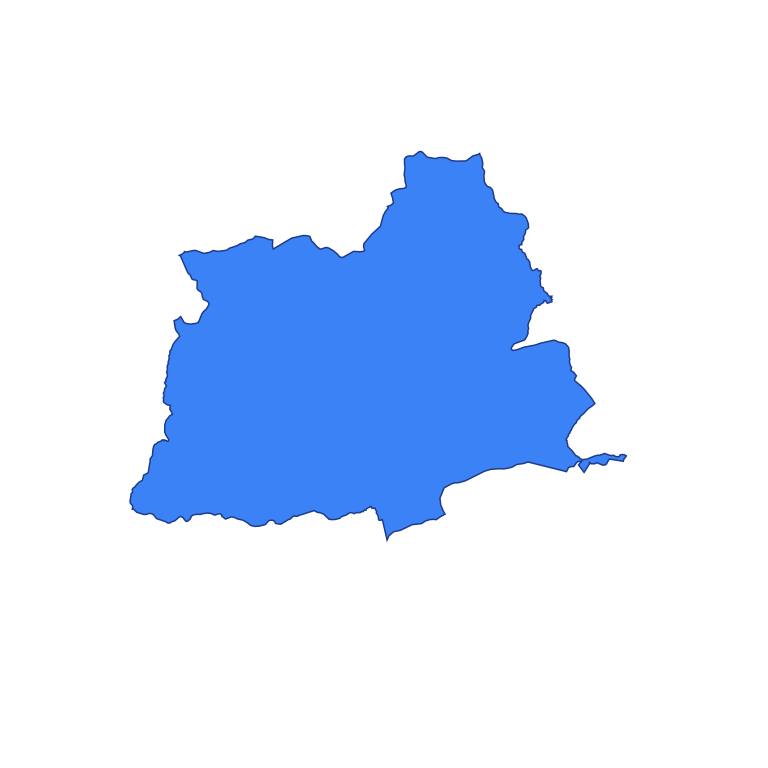 outline of Ráquira, Boyacá, Colombia, rotated 214°
{"feature_id": "7082276B68805939866723", "entity_name": "Ráquira", "entity_type": "district", "adm_level": 2, "iso_a3": "COL", "parent_name": "Colombia", "parent_adm1": "Boyacá", "projection": "robinson", "projection_center": [-73.626, 5.497], "detail": "fine", "context": "isolated", "style": "filled", "palette": "blue", "viewbox_px": 768, "rotation_deg": 214, "n_neighbors": 0, "source": "geoboundaries", "source_scale": "gbopen_adm2", "svg_char_len": 6171}
<svg xmlns="http://www.w3.org/2000/svg" viewBox="0 0 768 768"><g transform="rotate(214 384 384)"><path d="M522.6,139.4L521.7,140.2L517.2,139.4L510.3,141.5L508.9,142.3L505.8,145.8L504.0,146.6L501.9,146.7L497.3,145.2L488.4,147.7L485.3,147.9L483.7,149.1L483.0,151.0L480.9,153.6L479.3,159.6L478.7,160.3L476.3,160.9L471.7,159.4L470.9,159.6L470.1,160.5L469.3,163.1L469.1,164.3L469.9,166.4L468.7,169.1L465.6,171.9L463.5,173.0L460.6,176.3L458.1,178.3L455.2,179.9L450.9,180.7L448.7,183.7L447.0,184.8L445.6,184.9L444.6,183.7L439.9,183.4L436.2,188.6L433.9,189.6L430.1,190.2L424.9,192.2L419.7,192.6L415.5,192.2L411.6,193.6L407.7,196.7L404.1,200.7L403.6,201.7L403.3,205.5L402.4,207.2L400.3,208.7L398.7,209.0L397.3,208.7L396.3,207.9L395.2,208.0L391.2,210.0L387.4,218.2L386.2,219.7L385.4,223.8L381.7,226.0L381.4,227.0L371.2,239.9L367.2,240.4L364.9,241.6L361.0,242.4L354.0,241.1L351.7,242.2L348.8,244.3L345.7,247.7L344.9,250.6L342.1,254.2L340.2,258.4L338.3,259.5L336.3,259.7L335.2,261.7L331.8,264.1L331.2,265.7L329.9,266.6L329.8,268.3L328.4,269.3L328.9,270.7L326.3,275.3L324.8,274.3L323.6,274.6L323.0,275.7L321.9,276.0L320.9,275.1L319.1,274.5L318.3,272.8L316.2,272.0L314.0,270.3L313.2,269.0L311.9,268.3L310.4,269.2L310.0,270.6L309.1,270.3L294.2,256.4L295.0,260.7L293.5,266.8L288.7,271.7L282.0,283.1L274.8,289.3L273.0,293.7L270.1,297.3L267.7,299.2L264.8,300.8L263.5,304.5L260.6,310.2L264.0,311.9L269.4,315.5L273.8,320.6L276.0,331.1L275.8,332.1L272.3,338.8L270.2,341.6L267.3,343.6L262.5,349.1L251.9,367.9L247.8,372.9L241.5,377.9L237.1,380.7L235.1,382.6L231.5,386.4L228.9,391.6L224.1,395.9L220.9,399.9L183.7,413.4L184.3,417.9L182.4,420.5L180.5,421.7L180.4,426.5L179.6,428.5L177.0,430.4L177.5,425.7L168.7,422.6L169.0,432.5L169.9,433.9L167.7,433.7L164.8,435.6L163.2,437.9L157.7,438.9L155.5,440.4L154.8,442.1L155.3,446.7L154.6,448.1L142.4,453.7L143.1,455.9L142.8,459.7L143.1,460.0L145.1,459.7L146.9,458.9L148.5,457.4L148.5,455.2L151.0,453.5L154.0,453.2L156.1,451.4L162.3,449.7L165.6,445.2L166.7,444.8L169.5,441.6L173.6,435.3L177.6,432.0L180.4,431.9L181.5,432.4L182.7,431.9L183.6,432.3L184.9,431.8L190.2,433.7L196.5,434.9L198.6,437.2L200.2,438.3L200.6,439.4L201.8,439.5L201.9,440.7L202.4,441.2L202.1,444.2L202.9,445.1L202.6,447.6L203.1,449.0L202.9,450.5L203.4,452.0L203.6,456.9L203.0,459.4L203.6,461.9L202.7,465.3L203.1,465.6L203.2,466.8L201.9,471.5L201.0,477.6L199.2,482.1L198.2,485.7L203.8,488.2L215.0,491.6L219.4,492.5L227.9,493.4L228.5,494.2L229.1,498.4L233.0,499.7L236.7,499.7L237.9,502.7L240.1,503.7L242.8,506.2L243.7,508.3L246.1,510.5L249.2,515.2L251.5,517.6L256.1,518.8L259.1,518.1L262.6,516.4L266.5,515.8L267.9,515.1L277.1,505.3L280.3,501.0L288.6,492.7L293.4,486.1L296.1,483.8L298.0,484.1L298.7,485.8L298.6,490.1L292.4,498.5L292.0,499.8L292.3,504.1L293.1,507.0L294.1,507.7L295.2,510.9L297.4,513.0L298.3,515.3L299.1,520.2L300.7,522.8L301.1,524.6L301.9,530.7L300.7,532.7L301.1,534.9L299.0,536.3L298.3,539.1L297.6,540.1L297.3,541.3L298.0,542.9L296.4,543.3L293.7,542.3L290.8,546.1L291.7,546.6L291.7,547.9L293.2,547.8L293.3,549.3L294.1,548.9L294.0,550.5L295.9,549.2L297.9,549.4L299.2,550.4L303.6,550.6L305.7,552.8L307.7,552.5L309.5,553.1L310.2,554.5L311.8,556.1L313.7,559.9L315.2,560.1L315.3,562.6L316.5,565.0L317.1,565.4L317.7,565.5L319.4,564.3L321.5,565.2L322.1,564.6L323.4,561.8L324.3,561.2L325.3,561.3L327.9,562.7L331.7,566.8L333.1,567.0L333.7,567.7L335.6,567.7L340.3,571.1L342.0,570.8L343.9,571.1L345.2,572.5L346.2,571.9L347.8,571.9L349.5,574.6L347.7,576.7L348.9,578.1L349.0,582.1L350.7,584.2L351.2,588.1L352.6,590.8L351.5,594.3L354.0,597.6L359.0,601.2L361.3,601.9L365.0,602.0L366.8,600.3L369.2,599.6L375.2,595.8L379.6,594.1L381.4,593.9L384.9,595.2L387.9,595.0L390.2,597.4L392.6,597.4L395.6,598.9L402.5,605.5L405.5,606.4L409.1,605.6L413.5,607.4L417.8,612.7L418.7,615.0L419.8,616.7L423.1,618.1L424.1,619.3L425.2,621.8L429.1,625.8L432.8,627.7L433.6,628.6L434.6,626.6L437.7,623.1L440.7,614.8L449.0,609.0L452.9,607.0L458.1,606.5L461.5,605.0L464.9,602.6L467.5,599.6L474.3,596.5L475.5,596.3L481.9,597.7L483.8,597.2L484.8,596.2L486.7,590.5L487.5,589.1L490.9,587.0L492.6,584.9L492.9,582.2L490.4,578.4L487.4,574.9L484.4,568.9L481.6,566.2L479.5,563.3L477.8,562.2L475.7,559.8L476.6,557.5L480.0,554.8L482.4,551.9L483.6,549.9L484.9,546.0L481.1,543.2L477.4,539.3L478.3,536.0L480.5,533.1L479.0,532.4L479.3,528.0L478.8,523.2L475.2,512.7L478.0,501.0L479.1,489.0L477.8,486.6L474.7,483.8L475.2,482.6L477.6,480.4L483.4,476.9L488.8,466.1L490.6,464.9L492.3,464.7L495.2,465.6L500.4,466.2L505.8,465.8L508.2,465.0L512.2,460.1L516.2,460.3L522.2,461.9L523.9,462.0L527.8,464.8L529.7,464.4L533.6,462.3L542.1,453.4L551.3,434.0L553.6,435.9L556.8,441.2L560.8,439.2L565.0,438.4L573.4,434.6L573.3,432.9L574.1,430.5L577.3,427.2L578.5,423.3L581.6,419.9L583.0,416.7L587.9,410.4L589.4,406.8L595.6,401.2L600.3,399.1L602.1,395.8L606.4,391.5L614.5,389.5L616.4,388.4L621.6,382.9L623.5,382.2L623.3,380.6L624.2,378.3L625.6,376.2L624.1,376.2L609.7,367.0L607.5,366.0L605.6,366.0L602.1,363.7L600.8,363.7L597.7,365.0L596.4,364.9L592.4,358.6L590.5,357.8L587.3,357.9L585.6,357.2L583.9,355.2L581.1,353.1L576.4,353.8L573.6,352.7L573.2,347.0L574.1,343.3L574.2,340.4L572.4,331.7L573.4,329.5L577.8,325.5L582.3,323.3L584.5,323.4L590.2,326.2L591.3,322.2L593.4,319.1L588.4,313.6L586.0,311.9L581.7,310.5L580.1,309.3L581.0,301.8L581.0,299.0L579.7,293.5L580.0,292.0L579.3,290.4L578.3,289.7L578.2,287.4L576.3,284.8L575.0,281.0L574.2,280.7L574.1,278.9L573.4,277.1L571.4,274.5L570.8,272.1L569.1,271.0L567.9,269.2L567.3,265.3L566.4,264.6L566.7,262.4L563.1,260.5L563.2,257.1L562.1,255.5L561.8,253.0L559.4,251.1L559.5,249.4L557.4,247.1L557.5,246.5L556.1,245.6L552.0,245.5L549.0,246.8L548.4,244.8L547.2,243.1L546.8,243.3L542.4,240.5L543.8,238.1L544.3,231.7L542.8,227.4L538.9,221.5L535.9,219.5L531.6,217.7L530.9,216.5L531.4,215.4L533.4,215.3L534.6,214.1L535.2,214.7L536.8,213.3L536.8,212.2L539.0,209.0L539.1,207.6L540.3,205.5L540.1,203.5L539.0,200.6L535.9,195.1L536.0,191.1L534.6,189.0L530.1,179.1L530.2,177.6L532.3,174.2L530.5,169.1L532.2,165.4L532.9,161.6L532.8,159.8L533.9,157.0L533.7,155.6L532.2,154.0L531.9,153.3L532.3,151.8L528.8,144.5L527.5,143.3L525.5,142.9L523.8,142.0L522.6,139.4Z" fill="#3b82f6" stroke="#1e3a8a" stroke-width="1.5"/></g></svg>